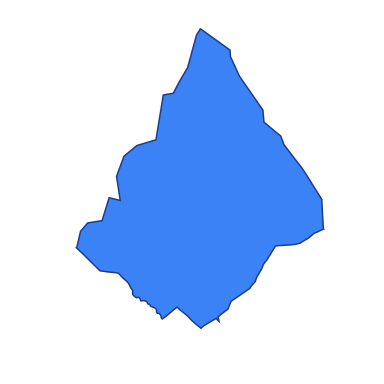 Songinoxairxan, Ulaanbaatar, Mongolia, rotated 48°
{"feature_id": "93677404B95437285917288", "entity_name": "Songinoxairxan", "entity_type": "district", "adm_level": 2, "iso_a3": "MNG", "parent_name": "Mongolia", "parent_adm1": "Ulaanbaatar", "projection": "equal_earth", "projection_center": [106.709, 48.059], "detail": "fine", "context": "isolated", "style": "filled", "palette": "blue", "viewbox_px": 384, "rotation_deg": 48, "n_neighbors": 0, "source": "geoboundaries", "source_scale": "gbopen_adm2", "svg_char_len": 3222}
<svg xmlns="http://www.w3.org/2000/svg" viewBox="0 0 384 384"><g transform="rotate(48 192 192)"><path d="M156.2,315.2L162.7,314.7L168.1,314.3L177.4,313.8L186.6,313.2L189.1,313.1L190.5,311.8L194.5,308.5L197.2,306.1L201.4,302.3L202.8,301.2L203.9,301.0L206.5,301.0L208.5,300.9L211.6,300.7L213.6,300.4L214.6,300.3L217.2,300.3L219.4,300.7L219.7,300.8L221.3,301.4L222.5,301.7L223.7,301.8L225.0,301.9L226.1,302.5L226.9,303.3L227.8,304.2L228.9,304.7L231.2,304.5L232.3,304.4L233.3,304.1L233.8,303.6L234.3,302.4L234.7,302.1L236.0,301.8L236.9,302.1L237.9,302.5L238.3,302.9L238.9,302.8L239.5,301.7L240.3,300.6L240.9,300.0L241.6,299.8L242.1,299.4L243.0,299.1L244.0,299.2L245.5,299.6L246.5,299.2L247.3,298.7L247.8,298.7L248.6,299.0L249.2,299.1L249.9,299.0L251.4,298.0L252.9,297.3L254.5,297.0L255.5,297.0L256.3,297.6L257.0,298.2L257.8,298.9L258.5,298.9L259.3,298.7L260.3,297.7L260.8,297.6L261.6,297.6L262.2,297.7L263.5,298.0L265.0,299.1L265.9,299.1L266.5,299.0L266.6,298.6L266.8,295.4L267.0,293.4L267.1,290.4L267.1,289.8L267.2,288.0L267.3,284.4L267.5,281.6L267.6,280.1L267.9,280.1L271.2,279.8L272.0,279.7L273.8,279.4L277.5,278.8L279.3,278.5L280.5,278.3L282.5,278.2L286.7,278.2L290.3,277.8L293.7,277.4L296.2,277.0L299.2,276.5L299.3,276.4L299.2,275.2L299.3,273.5L299.3,272.5L299.7,270.7L300.3,267.3L301.1,263.5L301.9,259.8L302.1,258.6L302.3,258.6L304.7,258.7L306.4,258.5L304.1,257.2L302.2,256.1L302.2,255.7L302.4,252.0L302.5,250.7L302.6,249.2L302.9,245.7L303.1,243.8L302.6,242.6L301.6,240.8L301.0,239.4L300.1,237.5L299.4,236.1L299.7,233.5L300.4,228.3L301.0,223.9L301.4,220.5L301.9,216.6L302.3,213.9L302.3,213.4L301.7,211.5L301.5,211.0L301.4,210.4L301.2,208.0L300.9,205.6L300.9,205.0L300.6,204.5L299.9,203.1L298.7,201.0L298.6,200.6L298.4,200.3L297.7,197.9L296.7,194.9L295.8,192.0L295.5,191.2L294.8,189.7L293.7,187.6L293.6,187.2L293.2,185.5L293.1,185.0L292.8,182.6L292.7,182.1L291.8,179.2L291.2,176.9L290.0,172.9L289.1,169.8L288.4,167.3L288.2,166.7L288.0,165.9L288.3,165.5L289.2,164.3L290.4,162.8L291.5,161.5L291.8,161.0L293.1,159.5L293.9,158.4L296.4,155.2L297.8,153.4L300.5,149.6L300.8,148.8L301.6,147.3L302.4,145.7L302.5,144.2L302.9,142.5L304.0,137.4L304.1,136.8L304.2,134.4L304.4,130.3L304.4,128.7L305.0,127.3L305.4,126.1L305.7,125.3L306.4,122.8L307.1,120.5L307.3,120.1L307.7,119.1L307.4,119.1L305.5,117.6L288.0,103.5L284.4,100.5L266.1,97.3L257.0,95.7L248.1,94.3L236.1,93.4L231.0,93.0L227.1,92.7L218.3,92.0L218.1,92.0L215.8,91.0L210.4,88.8L209.9,88.6L201.8,89.9L200.0,90.1L189.3,91.7L188.4,91.9L183.9,88.5L183.8,88.4L178.6,84.5L154.8,81.4L148.1,80.6L138.1,79.3L137.9,79.3L127.9,76.2L127.4,76.0L117.0,72.8L116.0,71.9L115.2,71.4L112.1,68.8L100.9,71.2L76.6,76.5L76.3,76.6L76.4,76.9L76.4,77.0L76.5,77.0L78.4,83.7L89.3,100.6L90.8,102.9L96.6,112.0L101.8,128.3L103.5,132.9L106.1,139.8L105.9,140.0L105.7,140.5L103.4,144.1L100.7,148.5L103.8,152.3L105.5,154.3L106.6,155.8L114.7,165.9L122.9,176.1L129.1,183.9L123.3,196.1L120.8,201.4L120.6,201.9L120.3,208.9L119.9,218.6L120.6,219.9L122.5,223.5L123.6,225.7L129.1,236.1L129.8,237.4L129.9,237.5L130.0,237.7L150.3,251.0L149.7,251.4L149.2,251.7L140.8,257.4L153.1,278.0L145.2,290.2L146.6,301.1L156.1,314.7L156.3,315.0L156.2,315.2L156.2,315.2Z" fill="#3b82f6" stroke="#1e3a8a" stroke-width="1.5"/></g></svg>